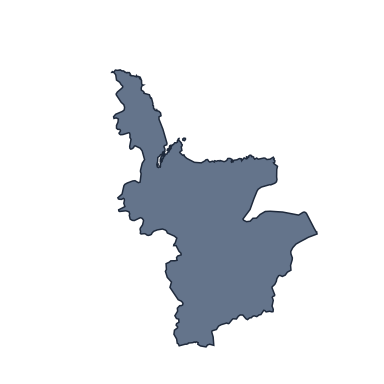 the district of Kutai Timur, Kalimantan Timur, Indonesia, rotated 240°
{"feature_id": "22746128B75924443266043", "entity_name": "Kutai Timur", "entity_type": "district", "adm_level": 2, "iso_a3": "IDN", "parent_name": "Indonesia", "parent_adm1": "Kalimantan Timur", "projection": "orthographic", "projection_center": [118.078, 0.931], "detail": "fine", "context": "isolated", "style": "filled", "palette": "slate", "viewbox_px": 384, "rotation_deg": 240, "n_neighbors": 0, "source": "geoboundaries", "source_scale": "gbopen_adm2", "svg_char_len": 6068}
<svg xmlns="http://www.w3.org/2000/svg" viewBox="0 0 384 384"><g transform="rotate(240 192 192)"><path d="M65.2,104.0L63.6,110.0L62.9,111.2L62.6,112.6L63.0,113.3L61.1,117.4L61.0,118.9L60.0,119.7L60.2,120.7L58.5,122.0L57.3,120.9L54.5,122.3L50.8,126.7L51.8,129.0L51.3,131.2L48.3,134.2L55.8,137.8L61.0,139.1L61.7,140.1L60.7,144.4L62.6,147.9L62.5,150.9L61.2,156.5L59.8,157.6L59.7,158.4L61.6,163.4L61.6,164.3L59.8,167.0L61.3,170.1L61.4,172.3L60.0,174.5L55.3,175.3L53.7,176.3L54.2,178.8L53.4,180.7L54.0,182.1L53.7,183.9L51.7,185.8L52.0,188.7L51.4,190.4L53.7,195.0L53.0,195.7L51.1,196.2L49.9,199.6L48.2,201.3L47.9,202.4L49.7,203.7L53.2,204.3L57.5,208.2L60.7,208.8L61.1,209.8L60.9,211.6L61.5,212.2L69.0,213.4L69.8,214.0L70.6,217.5L72.5,220.4L74.5,222.1L76.2,225.2L75.8,226.5L73.7,228.0L73.4,231.2L74.9,234.5L74.8,238.6L79.2,240.7L83.1,244.8L84.8,246.0L88.8,246.7L91.0,247.7L93.4,251.4L94.9,256.0L94.9,260.3L94.6,270.2L93.1,279.3L95.1,280.0L95.2,279.6L99.5,279.6L116.4,280.4L117.7,279.9L118.6,279.1L118.9,277.7L118.7,272.8L129.3,260.5L136.3,250.0L138.5,245.7L138.5,239.8L137.1,234.8L138.8,231.6L137.6,227.8L139.1,224.3L141.7,222.6L143.1,222.6L147.8,233.5L155.1,242.1L160.3,248.8L161.3,250.7L161.6,254.5L159.5,262.9L158.8,263.8L158.2,268.1L158.6,270.2L160.3,271.8L162.7,272.8L169.2,276.7L171.5,278.9L175.2,277.3L176.5,277.2L176.3,278.3L177.5,279.4L179.3,279.0L179.6,279.8L181.5,279.8L181.4,276.0L182.7,273.1L184.8,272.2L185.5,271.2L187.3,265.8L189.1,265.0L189.1,262.7L191.1,262.5L191.5,262.8L192.8,262.0L192.9,261.3L194.2,261.5L194.9,260.7L194.8,259.1L193.8,258.4L195.1,257.0L193.9,256.8L194.4,256.4L193.8,256.0L194.2,255.9L194.0,255.2L195.5,254.2L194.3,250.9L195.2,251.4L194.7,250.8L195.3,250.7L195.7,251.4L196.2,251.3L197.3,249.7L197.4,247.0L198.6,244.1L198.1,243.4L198.4,242.8L197.7,242.5L198.5,241.5L197.3,241.2L198.6,241.1L199.6,242.2L199.2,242.9L200.3,242.9L202.1,241.7L202.8,240.5L203.1,239.7L202.1,238.1L201.9,236.2L202.3,234.9L205.2,232.1L204.9,231.6L206.1,230.3L206.5,228.3L207.7,227.4L207.6,226.0L207.3,226.0L208.5,225.1L209.0,222.5L210.0,221.9L212.3,221.7L212.6,221.3L212.9,219.8L212.5,218.9L212.6,214.6L216.5,208.9L223.7,204.3L226.5,203.4L228.2,203.7L228.5,204.1L228.0,202.8L228.5,202.3L232.3,201.1L232.9,202.1L233.0,204.0L236.6,205.3L236.9,206.4L237.8,207.2L238.9,206.9L239.8,207.3L243.4,206.5L243.5,204.8L242.6,204.4L242.4,203.1L243.3,201.7L242.4,199.6L242.6,199.0L241.7,196.7L240.2,195.6L239.3,193.2L238.3,192.1L238.5,190.6L237.5,189.3L237.8,187.2L237.0,186.7L236.5,184.8L235.8,184.4L235.2,183.2L235.2,182.3L234.8,181.8L233.7,181.7L233.2,180.7L233.6,180.5L233.8,180.9L233.9,180.1L233.0,180.1L232.7,179.1L231.2,178.3L231.0,177.6L229.7,176.7L230.5,177.9L229.4,177.0L230.1,176.1L230.0,175.1L231.0,174.5L233.3,175.2L235.8,177.6L239.0,179.6L239.3,181.9L240.1,183.4L239.6,185.3L241.2,186.5L241.0,187.8L241.4,189.2L242.6,190.0L245.2,190.3L245.9,191.3L245.5,193.7L246.7,194.7L260.9,198.2L271.5,199.8L273.6,201.0L273.5,203.3L276.2,204.3L278.5,203.7L279.7,202.5L280.8,202.6L280.4,201.6L281.7,200.8L282.4,201.2L283.3,200.4L286.0,201.7L286.8,201.4L288.2,202.4L293.3,203.8L293.8,203.8L293.9,203.1L297.5,203.7L301.5,199.8L302.2,200.3L303.4,200.2L305.5,199.1L307.4,200.0L308.9,201.5L308.9,203.4L309.4,202.7L310.7,202.4L313.9,204.1L316.4,204.1L316.1,203.6L317.3,203.5L317.6,203.7L316.6,204.4L317.4,204.5L319.4,202.8L319.3,201.9L320.6,202.0L320.1,201.3L320.3,200.6L321.6,199.7L323.2,197.3L323.8,197.5L324.1,196.9L325.4,197.6L326.8,197.4L327.3,196.4L328.1,195.8L327.4,196.2L328.1,194.7L329.0,194.5L329.3,193.8L331.0,193.4L332.0,191.8L333.7,190.9L333.9,190.3L333.6,190.5L334.6,188.3L335.9,186.6L335.1,184.7L335.2,183.8L336.1,183.2L335.7,182.4L335.0,183.7L333.8,184.3L331.5,184.5L326.7,182.6L323.1,184.3L320.5,184.3L318.4,184.9L317.5,184.5L317.0,183.3L315.9,177.4L314.8,175.3L313.9,175.0L305.1,175.5L301.7,176.6L299.1,176.0L297.0,174.4L296.6,172.1L297.5,164.8L296.4,161.7L294.7,161.2L294.1,163.4L292.0,164.7L289.4,162.7L287.4,159.9L285.0,158.5L283.4,159.0L282.3,160.7L281.2,160.9L280.3,160.2L279.5,158.2L278.4,158.2L277.3,158.8L276.3,160.9L275.0,166.7L274.4,167.4L272.7,167.0L270.3,165.5L268.1,165.5L262.6,160.8L261.0,160.1L259.8,160.3L259.4,161.4L259.6,163.5L260.5,164.8L260.5,165.8L255.9,169.0L252.6,169.4L243.7,167.1L241.8,163.3L236.6,158.3L235.3,157.5L233.3,157.1L226.5,152.0L226.9,150.2L230.3,148.3L231.2,146.2L232.2,140.3L232.2,137.6L231.4,136.1L225.2,130.4L224.1,124.9L222.7,124.8L221.7,125.9L220.8,127.4L220.8,129.4L220.0,129.8L218.7,129.4L216.3,127.3L212.9,126.6L213.3,119.6L212.2,119.1L211.3,119.6L208.8,125.3L206.4,127.5L204.2,127.1L203.1,126.0L199.4,124.9L197.3,126.1L196.1,127.8L195.6,134.4L194.4,135.5L192.5,135.9L191.4,135.7L188.3,132.8L186.5,129.1L185.7,128.4L183.5,127.7L182.1,126.6L181.1,126.9L179.8,129.8L178.8,130.9L177.6,131.2L176.3,132.3L175.7,134.2L175.6,135.6L176.6,137.2L177.1,139.3L176.5,143.1L174.7,147.9L172.5,149.8L171.2,150.4L168.8,150.2L162.6,154.7L159.7,155.8L156.3,152.0L155.6,150.1L154.7,149.3L153.6,151.4L147.2,151.1L144.5,151.8L143.0,151.2L143.7,147.6L142.9,145.8L140.3,144.9L141.1,142.6L143.0,139.3L142.6,137.3L142.9,133.7L137.7,131.1L136.6,129.3L130.4,127.9L124.3,129.2L120.4,125.2L105.6,126.2L102.9,128.1L101.0,128.6L99.9,128.4L98.9,127.4L98.9,126.1L99.7,124.5L98.7,121.2L96.0,120.0L93.4,115.3L90.2,115.3L88.5,116.9L85.8,115.6L85.7,112.9L85.3,112.3L84.4,111.6L82.6,112.2L81.6,111.6L81.1,107.7L77.8,105.2L72.4,105.2L68.4,103.6L67.5,104.2L65.2,104.0ZM236.2,180.9L234.4,179.8L234.3,180.5L235.3,181.9L235.8,183.9L236.6,184.8L237.7,186.9L238.4,187.6L238.9,187.6L239.3,187.4L238.1,184.2L238.4,183.7L237.0,181.9L236.0,181.3L236.2,180.9ZM242.5,210.4L241.3,210.0L240.2,211.2L240.8,212.6L241.7,213.1L242.7,212.0L242.5,210.4ZM241.4,192.2L240.4,191.3L239.8,191.9L240.8,195.0L241.5,194.6L241.4,192.2ZM240.9,188.4L241.0,186.5L240.4,186.3L240.2,187.9L240.6,188.8L241.1,188.8L240.9,188.4ZM242.4,195.3L241.9,195.8L242.4,195.6L242.3,196.1L243.1,196.8L243.2,195.9L242.4,195.3ZM244.8,207.5L245.0,207.0L244.5,206.3L244.3,207.0L244.8,207.5ZM232.7,176.4L232.3,175.6L231.5,174.9L232.2,176.2L232.7,176.4Z" fill="#64748b" stroke="#1e293b" stroke-width="1.5"/></g></svg>